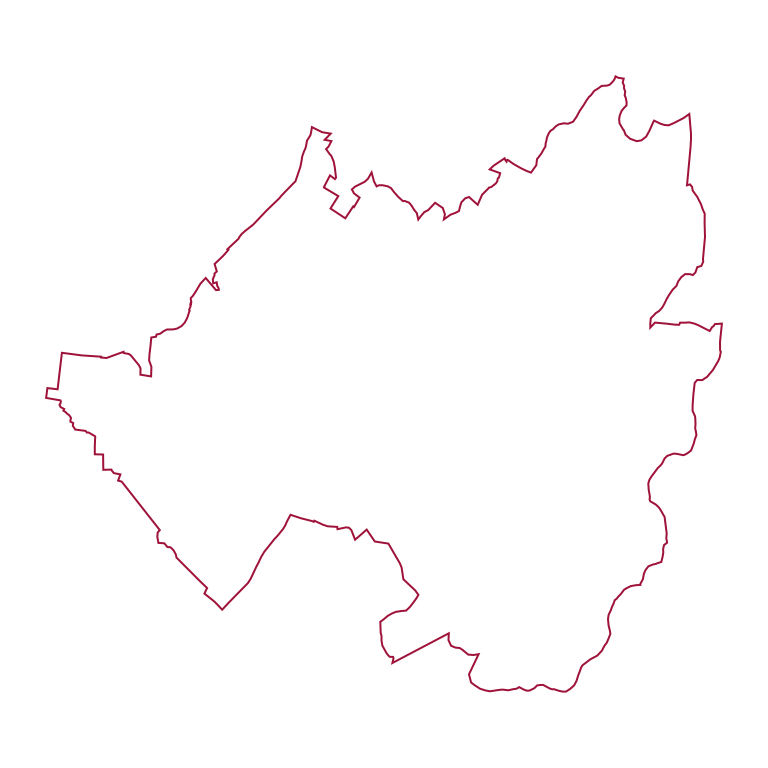 Colipa, Veracruz, Mexico
{"feature_id": "50627088B43459310731784", "entity_name": "Colipa", "entity_type": "district", "adm_level": 2, "iso_a3": "MEX", "parent_name": "Mexico", "parent_adm1": "Veracruz", "projection": "robinson", "projection_center": [-96.707, 19.935], "detail": "fine", "context": "isolated", "style": "outline", "palette": "rose", "viewbox_px": 768, "rotation_deg": 0, "n_neighbors": 0, "source": "geoboundaries", "source_scale": "gbopen_adm2", "svg_char_len": 6066}
<svg xmlns="http://www.w3.org/2000/svg" viewBox="0 0 768 768"><path d="M667.1,542.7L666.3,538.1L666.7,533.5L664.6,517.0L660.3,509.5L658.8,507.4L655.9,504.6L650.3,501.3L649.6,499.6L649.9,496.6L648.7,489.6L648.3,483.4L649.5,479.6L651.9,475.9L657.9,467.9L660.3,465.7L662.1,463.5L664.6,458.5L667.2,455.9L673.6,453.6L677.2,453.9L683.3,455.2L684.6,454.8L687.5,453.2L691.0,450.6L693.8,443.4L694.9,439.1L696.4,435.3L695.9,431.5L695.2,428.5L695.5,424.2L695.3,418.4L695.0,416.2L692.6,410.8L692.6,405.5L693.4,394.3L694.7,382.9L697.2,380.0L702.4,380.1L705.1,378.1L707.1,376.9L712.9,370.0L718.3,360.9L719.7,357.4L720.8,351.8L720.1,350.4L720.0,342.0L721.9,323.6L714.9,324.1L713.6,326.1L712.1,327.1L709.7,331.0L697.7,324.9L694.1,323.5L689.3,322.4L684.6,322.7L680.1,322.7L679.1,324.8L674.4,324.6L666.9,323.7L655.0,322.6L650.3,327.6L650.3,323.5L650.8,318.2L653.3,315.8L655.7,313.2L659.2,310.9L662.2,307.6L664.2,304.1L666.5,299.4L669.0,295.0L672.8,289.5L676.4,286.0L678.2,281.4L681.3,277.1L685.2,274.1L690.4,274.2L692.8,275.1L695.4,272.5L697.3,267.1L701.3,266.0L703.2,261.8L703.0,258.9L705.0,236.9L704.6,222.8L704.7,213.6L702.9,209.8L700.9,204.0L697.2,196.8L692.7,190.6L692.1,186.9L690.0,184.4L687.0,185.3L690.6,146.5L691.0,139.0L691.0,133.8L689.3,114.0L683.5,118.1L673.8,123.1L668.7,125.3L664.6,125.0L660.6,123.8L654.1,120.6L653.0,122.6L649.6,130.4L646.2,136.6L641.5,140.3L636.8,141.2L630.2,138.8L625.6,134.8L623.8,130.1L623.3,129.8L619.6,123.5L619.1,119.5L619.7,115.7L621.6,110.8L624.3,107.6L626.5,105.5L626.6,102.3L625.8,98.0L624.7,95.3L625.2,91.6L624.0,88.2L624.1,85.7L622.7,82.6L623.7,78.6L618.3,77.8L615.5,76.4L614.4,79.5L612.2,82.3L609.7,84.7L607.1,85.6L601.7,85.9L597.8,88.7L594.3,90.8L590.9,95.3L589.0,96.9L586.6,100.3L583.6,105.2L579.7,110.9L576.6,116.7L573.1,121.7L568.1,123.7L563.8,123.3L558.7,124.4L555.8,126.3L553.2,129.0L550.3,131.0L548.7,133.5L547.3,136.7L546.7,138.5L546.5,140.3L545.7,143.1L545.4,146.5L543.7,149.3L541.3,153.6L537.0,159.2L536.3,165.2L531.0,172.6L526.1,170.7L520.9,168.2L513.7,164.1L507.6,159.8L506.9,160.1L506.5,161.6L505.5,160.4L504.6,158.3L493.6,165.7L489.7,169.4L500.2,173.2L498.9,177.6L497.8,178.4L497.3,181.2L495.9,183.4L491.3,187.0L488.8,187.7L488.6,188.2L482.1,194.7L477.7,204.8L469.0,197.0L465.1,198.4L461.4,202.3L460.0,206.7L459.0,211.0L455.6,212.8L450.5,214.7L443.9,219.4L444.9,214.3L442.8,208.0L435.1,202.8L428.2,210.1L424.3,212.1L420.7,216.3L418.3,219.5L416.8,213.1L414.1,209.8L411.6,205.7L409.1,202.7L404.9,201.0L402.9,201.1L398.2,196.8L393.7,191.7L391.1,188.2L387.7,186.3L382.3,185.2L378.8,185.3L376.6,186.4L374.0,181.4L371.6,172.5L368.0,178.7L364.7,181.8L355.1,186.6L351.9,189.4L353.9,193.3L359.6,197.6L354.0,207.1L353.2,206.4L345.3,218.3L330.5,208.5L338.3,196.1L324.1,187.6L324.4,187.0L324.1,186.8L330.0,175.4L334.9,179.1L336.0,177.7L334.8,167.4L333.7,161.6L331.3,155.8L329.9,154.4L326.1,149.1L328.6,146.5L331.4,141.1L324.7,139.8L330.7,133.6L322.1,132.2L311.9,127.1L311.2,131.8L310.4,135.2L307.0,140.7L306.1,145.8L305.4,148.4L304.1,151.2L302.3,156.1L301.3,162.2L300.3,167.1L295.5,181.2L285.3,191.6L280.4,196.8L279.8,197.8L266.8,210.3L253.3,224.5L244.7,231.3L241.5,234.2L239.4,237.0L238.4,238.9L227.4,249.2L228.4,249.9L225.6,253.1L222.9,256.1L214.6,264.0L216.8,271.5L214.5,273.5L214.5,275.5L214.0,276.3L212.8,279.4L213.2,283.3L216.7,282.3L217.2,285.8L218.7,288.4L218.8,289.9L216.0,290.1L205.7,278.0L200.4,283.7L195.3,292.3L192.6,296.2L190.8,298.1L190.7,299.1L191.3,301.8L191.2,302.8L190.9,302.3L190.3,304.5L190.5,306.4L189.1,309.9L189.7,310.8L189.2,311.8L187.2,318.0L184.7,322.7L181.5,326.1L177.0,328.6L173.2,329.4L167.0,329.5L163.9,331.0L160.2,333.7L156.5,334.6L156.0,336.7L151.3,337.5L150.5,346.0L149.5,354.2L149.1,360.4L151.4,366.8L151.1,376.4L140.4,374.7L140.5,368.4L138.9,365.2L131.1,355.7L129.0,354.0L123.6,353.0L123.5,351.8L106.5,358.0L101.0,357.5L101.1,356.7L81.8,355.4L61.9,352.8L57.6,389.3L47.4,388.1L46.1,397.9L60.5,400.4L60.8,401.6L60.6,403.1L59.5,404.8L60.6,407.1L64.2,409.0L63.4,410.7L65.5,412.0L67.2,413.8L68.7,414.8L69.8,416.0L71.1,418.1L70.4,420.1L70.5,421.8L73.2,423.0L72.8,425.9L74.3,428.0L75.1,429.5L85.5,430.9L87.0,432.6L88.6,432.5L95.0,436.2L95.3,437.1L95.1,438.5L94.8,446.2L94.8,454.3L103.1,454.5L103.3,469.8L111.3,469.6L111.3,469.9L113.8,473.1L120.4,474.4L118.1,480.6L121.7,481.6L159.8,530.1L157.7,532.5L157.3,536.8L158.4,542.9L164.3,543.3L167.4,547.0L170.5,547.3L173.5,550.2L175.8,554.4L176.5,557.6L199.7,580.9L207.1,588.0L204.4,593.6L212.5,600.0L215.2,602.3L222.2,609.7L227.8,603.6L247.9,583.1L250.6,578.9L256.4,566.6L258.6,562.4L261.3,556.7L264.2,551.9L274.4,539.1L277.7,535.6L283.3,528.7L285.4,525.1L287.0,521.4L290.5,514.8L301.1,518.3L311.8,521.0L313.8,521.8L314.3,520.7L322.9,524.7L327.7,526.3L337.2,526.9L337.5,529.2L345.9,527.4L348.9,527.7L351.3,530.0L355.1,539.7L366.7,529.6L374.8,541.5L388.4,543.6L399.8,563.2L401.6,567.5L403.4,579.3L415.3,590.5L418.4,594.9L416.2,598.6L413.0,603.0L409.7,607.2L406.1,610.6L401.4,611.0L395.7,611.9L391.9,613.5L387.7,615.9L383.6,619.4L380.3,621.8L380.7,633.0L381.5,635.8L381.5,640.6L382.4,645.7L386.5,653.1L388.2,655.3L389.7,656.8L393.1,656.9L393.5,658.4L392.4,663.0L448.8,633.3L448.5,640.2L451.1,645.8L455.5,647.6L459.7,648.0L462.7,650.0L468.2,654.6L473.5,655.0L478.6,654.2L469.0,674.3L471.1,682.5L474.8,685.3L480.0,688.7L485.3,690.4L489.9,691.3L499.2,689.9L502.8,689.6L508.1,690.3L513.2,689.2L516.6,688.7L519.2,687.1L523.4,689.4L526.8,690.7L529.7,690.5L534.5,688.1L537.0,685.5L539.7,685.0L543.1,684.9L549.8,688.5L552.2,689.3L554.1,689.2L558.5,690.7L562.5,691.6L566.0,691.6L570.3,688.8L574.1,685.4L576.5,681.0L578.2,675.4L579.9,671.1L581.1,667.5L582.5,665.3L590.2,659.4L597.3,655.6L601.9,650.7L603.2,648.1L604.9,645.1L606.7,642.9L608.2,639.4L610.4,633.8L609.8,630.3L608.6,625.6L608.0,618.9L608.7,614.6L610.7,610.6L612.1,606.6L613.7,603.3L614.7,600.2L616.9,598.5L617.9,597.0L620.6,594.3L624.2,589.6L627.5,587.7L630.8,586.1L635.8,585.2L640.4,584.9L640.3,584.0L642.9,579.2L643.9,573.8L645.4,570.2L648.4,566.3L652.7,564.6L656.1,563.8L657.3,563.2L661.3,562.0L662.5,557.2L663.3,552.5L663.1,549.3L664.0,545.1L667.1,542.7Z" fill="none" stroke="#9f1239" stroke-width="2"/></svg>